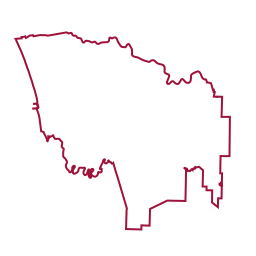 the district of Altamira, Tamaulipas, Mexico, rotated 174°
{"feature_id": "50627088B67478118137256", "entity_name": "Altamira", "entity_type": "district", "adm_level": 2, "iso_a3": "MEX", "parent_name": "Mexico", "parent_adm1": "Tamaulipas", "projection": "orthographic", "projection_center": [-98.026, 22.563], "detail": "fine", "context": "isolated", "style": "outline", "palette": "rose", "viewbox_px": 256, "rotation_deg": 174, "n_neighbors": 0, "source": "geoboundaries", "source_scale": "gbopen_adm2", "svg_char_len": 5735}
<svg xmlns="http://www.w3.org/2000/svg" viewBox="0 0 256 256"><g transform="rotate(174 128 128)"><path d="M216.4,230.1L219.0,228.6L220.0,228.2L220.7,229.9L221.3,229.6L224.4,229.6L224.4,228.3L230.5,228.4L226.0,214.7L223.4,205.3L223.2,203.8L222.2,200.1L222.1,199.0L221.5,197.1L220.6,193.5L220.3,191.5L218.6,184.1L217.9,179.9L216.7,174.3L216.6,173.5L215.8,168.5L215.5,165.9L215.4,163.2L215.9,161.9L218.9,161.9L218.9,161.7L215.6,161.7L215.4,161.1L215.3,160.6L215.9,160.5L215.9,160.4L215.3,160.4L215.1,158.6L215.6,158.6L215.6,158.4L215.1,158.4L214.9,158.3L214.9,158.0L215.3,157.2L220.2,157.3L220.2,157.1L217.0,157.1L215.6,151.8L215.0,147.3L214.7,133.9L214.4,133.9L212.7,132.8L212.3,132.7L211.9,131.0L211.6,130.4L211.3,129.3L210.9,128.7L210.4,127.0L209.9,126.0L209.8,125.4L209.9,124.4L209.7,123.4L209.5,123.2L209.4,123.2L208.9,124.1L208.7,124.9L208.3,125.8L207.8,126.1L207.7,126.4L208.1,126.9L208.2,127.5L208.2,128.1L206.9,127.9L206.6,127.6L206.4,127.4L206.2,127.3L205.4,127.7L204.4,127.9L203.8,128.2L203.3,128.6L203.1,128.4L202.8,126.9L202.3,125.9L201.6,124.8L200.6,124.6L198.6,124.6L197.4,124.2L197.0,123.8L196.7,123.0L196.1,122.2L195.1,121.2L195.0,120.9L195.0,120.4L195.2,118.7L195.8,117.0L195.8,116.4L195.4,115.4L194.2,114.2L194.1,113.8L194.2,113.2L194.7,111.9L195.0,110.5L195.4,106.8L195.2,105.9L193.7,104.3L192.3,101.4L192.2,100.7L192.5,99.6L193.5,97.8L193.7,97.1L193.7,96.1L193.5,94.9L192.9,93.6L191.5,91.9L190.7,90.1L190.2,89.9L189.4,90.2L188.6,91.2L188.0,92.1L187.6,93.5L187.4,94.9L186.5,95.8L185.9,96.1L185.4,96.0L185.0,95.7L184.9,95.2L185.0,94.7L185.8,93.6L186.4,93.1L186.9,92.2L187.3,91.2L187.5,90.0L187.3,88.8L186.7,88.2L185.6,88.2L183.6,88.9L182.5,89.8L181.9,90.6L181.4,92.2L180.9,93.1L180.0,93.5L179.2,93.5L177.3,93.1L175.7,93.1L175.2,92.9L175.0,92.6L175.0,92.2L175.3,91.6L176.1,90.5L176.5,89.8L176.9,88.8L177.0,87.8L176.9,87.3L176.6,86.6L176.1,85.9L175.8,85.7L175.2,85.6L174.3,86.0L173.5,87.1L171.9,90.6L171.6,90.8L171.2,90.8L171.1,90.4L171.1,89.5L171.7,87.8L172.0,85.8L172.1,84.6L171.4,82.8L170.8,82.4L170.2,82.5L169.8,82.9L169.8,83.4L170.7,86.7L170.7,87.5L170.5,88.3L169.9,89.5L168.5,90.9L168.0,91.1L167.5,91.0L167.0,90.6L166.8,90.1L167.1,89.2L169.1,87.6L169.4,86.5L169.3,85.6L168.7,84.7L167.7,83.8L166.3,83.1L165.6,83.0L164.5,83.4L163.4,84.3L162.9,85.0L162.5,85.9L162.3,87.1L162.0,87.3L161.6,87.2L160.6,86.8L160.0,86.6L159.0,87.1L158.7,87.5L158.5,90.2L159.1,90.4L159.6,90.1L160.0,90.1L160.1,90.3L160.1,90.9L158.8,93.2L157.2,95.7L156.4,97.1L156.0,98.4L155.3,99.1L154.7,99.3L154.3,99.0L154.3,98.7L154.5,98.2L155.3,97.7L155.4,97.4L155.4,96.8L154.3,95.4L153.6,95.1L153.1,95.1L152.7,95.4L151.4,96.5L151.2,96.9L151.1,97.5L150.7,97.7L150.4,97.4L150.0,96.2L148.7,95.8L148.5,95.6L148.1,94.6L147.8,94.3L147.4,94.2L146.9,94.3L146.3,94.8L144.8,86.3L143.8,81.6L137.5,48.0L137.9,47.2L140.5,27.7L125.3,25.7L124.8,29.8L116.8,28.6L114.5,45.2L96.5,51.7L78.5,49.4L74.8,78.8L74.8,80.6L76.0,82.2L75.6,82.4L75.2,82.1L74.9,81.5L74.6,81.5L74.1,81.2L73.8,81.4L73.7,81.3L73.9,80.9L74.0,80.6L73.5,80.4L73.4,80.1L73.4,79.7L73.7,79.8L73.8,79.6L73.5,79.5L73.3,79.0L73.0,79.0L72.6,79.3L71.6,78.9L71.1,78.9L70.8,78.7L70.4,79.0L70.3,79.4L69.5,79.8L69.3,80.1L69.1,79.9L68.7,79.9L68.5,79.7L68.5,80.0L68.0,80.5L67.5,80.2L67.4,80.3L67.3,80.2L67.1,80.2L67.1,80.4L66.0,80.9L65.5,80.9L65.3,81.2L65.3,81.4L65.8,81.8L65.5,82.1L65.3,82.2L64.9,81.9L64.7,81.6L64.7,81.4L64.2,81.8L63.6,81.8L63.3,81.7L61.4,82.0L57.8,78.1L59.9,62.0L56.0,61.5L56.4,57.9L50.8,57.2L52.2,45.2L46.9,39.9L45.7,48.7L42.3,48.2L40.8,60.5L41.8,61.6L42.1,61.3L42.9,62.1L42.8,62.6L41.9,61.7L41.7,61.9L41.4,61.6L41.3,63.1L40.5,62.2L40.5,62.3L39.2,73.1L41.0,73.3L38.9,90.4L30.0,89.4L25.5,128.4L33.8,129.3L31.1,149.2L36.1,149.9L36.1,149.6L39.4,150.3L38.0,154.5L39.9,154.9L38.4,155.2L38.8,157.3L39.6,157.1L40.7,163.7L42.3,164.5L43.8,164.8L44.3,165.2L44.8,165.2L44.7,165.8L45.3,167.8L45.7,168.3L46.5,168.2L47.4,168.6L48.2,169.3L48.8,170.1L49.4,171.6L49.9,173.7L50.5,175.2L51.2,176.2L52.0,176.8L53.0,177.0L54.5,176.6L57.2,175.7L58.7,174.9L59.4,174.4L59.8,173.6L60.0,172.7L60.2,170.7L60.7,168.8L61.2,167.7L62.0,167.0L62.8,166.6L63.9,166.6L64.8,166.9L65.8,167.5L66.7,168.6L67.9,170.3L68.3,170.7L68.9,171.0L69.4,171.0L69.9,170.7L72.3,167.6L73.1,166.8L73.8,166.6L74.6,166.7L75.3,166.9L76.1,167.4L78.1,169.6L78.8,169.9L79.5,169.8L80.2,169.4L82.0,167.9L82.8,167.6L83.5,167.6L84.1,167.9L84.5,168.6L84.5,169.4L84.1,170.3L81.8,174.8L81.6,175.7L81.6,176.3L81.9,176.8L82.4,177.1L84.1,178.0L85.0,178.6L85.6,179.3L85.8,180.1L85.3,183.6L85.3,184.5L85.4,185.4L85.9,186.3L86.4,186.9L87.1,187.3L90.7,188.6L91.9,189.3L92.7,189.9L94.0,191.5L94.8,192.3L95.9,192.8L97.1,192.8L98.1,192.6L99.9,191.5L100.5,191.6L105.7,193.8L107.5,194.9L110.6,197.0L114.5,198.4L115.4,199.0L116.0,199.7L116.3,200.4L116.3,201.2L116.0,203.1L115.9,205.2L116.0,206.3L117.8,210.5L118.2,211.2L118.7,211.4L119.1,211.4L119.7,211.2L120.5,210.6L121.5,209.1L121.9,208.8L122.4,208.6L125.3,209.2L126.2,209.7L126.7,210.3L128.9,214.7L129.3,216.0L129.7,217.5L130.2,218.6L130.8,219.2L131.3,219.4L132.1,219.5L134.4,218.8L135.0,219.0L135.8,219.6L136.6,219.8L137.0,219.5L137.4,218.6L137.6,217.4L138.1,216.4L138.7,215.9L139.6,215.6L140.5,215.6L144.7,215.8L146.2,215.6L147.6,215.0L148.7,214.7L149.6,214.9L150.2,215.3L151.2,216.7L151.6,217.1L152.2,217.3L152.8,217.2L154.2,216.9L154.8,216.9L155.4,217.0L157.4,218.3L159.6,219.0L160.8,219.1L161.3,218.9L162.7,217.7L163.3,217.6L163.8,217.9L164.2,218.3L165.2,221.3L165.6,222.0L166.5,222.3L168.6,222.9L169.0,223.2L169.8,224.7L170.3,225.2L170.8,225.4L171.8,225.4L172.5,225.5L173.1,225.9L173.7,226.7L173.8,227.6L174.1,228.2L174.5,228.5L175.0,228.6L177.0,228.2L178.0,228.9L179.4,229.5L198.2,228.2L199.1,228.6L200.4,228.9L205.6,229.6L212.4,229.1L212.9,230.3L216.4,230.1Z" fill="none" stroke="#9f1239" stroke-width="2"/></g></svg>